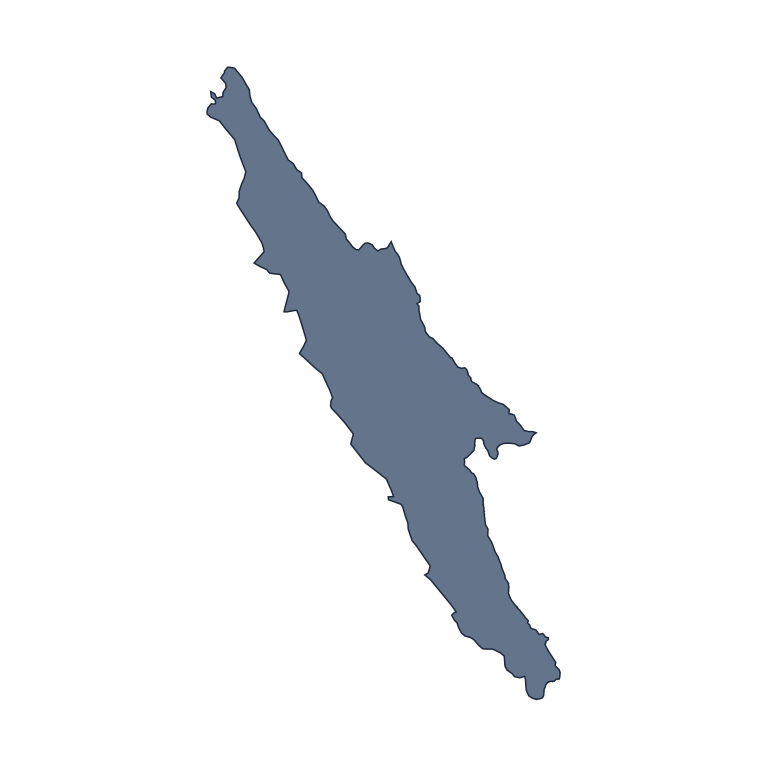 outline of Tamu, Sagaing, Myanmar, rotated 311°
{"feature_id": "60261553B38505178364809", "entity_name": "Tamu", "entity_type": "district", "adm_level": 2, "iso_a3": "MMR", "parent_name": "Myanmar", "parent_adm1": "Sagaing", "projection": "orthographic", "projection_center": [94.38, 24.188], "detail": "fine", "context": "isolated", "style": "filled", "palette": "slate", "viewbox_px": 768, "rotation_deg": 311, "n_neighbors": 0, "source": "geoboundaries", "source_scale": "gbopen_adm2", "svg_char_len": 4892}
<svg xmlns="http://www.w3.org/2000/svg" viewBox="0 0 768 768"><g transform="rotate(311 384 384)"><path d="M245.9,705.9L248.7,708.1L251.1,709.5L253.6,708.9L258.6,705.2L261.5,704.3L262.9,703.5L265.0,703.2L267.4,703.7L267.7,704.2L268.5,704.5L269.6,705.6L269.9,706.4L270.7,706.6L271.3,707.4L274.0,707.7L275.0,708.2L275.3,709.0L276.1,709.3L276.4,709.8L278.0,709.0L281.8,706.2L283.3,703.5L283.6,698.2L285.4,696.7L286.4,696.6L286.5,696.4L289.6,685.7L290.7,682.2L293.1,676.1L294.5,676.2L295.8,675.1L298.9,675.7L300.3,674.6L299.0,671.5L299.7,669.0L299.8,667.5L296.8,665.3L297.2,663.7L297.9,660.5L297.6,659.0L296.4,656.2L296.2,654.4L297.8,651.9L297.8,649.1L300.0,648.2L300.5,643.3L301.0,642.2L301.7,637.3L302.3,635.2L302.5,631.1L303.0,631.1L303.2,627.6L303.7,625.9L304.2,622.7L305.0,620.2L305.5,619.9L305.8,618.6L306.3,618.0L307.9,614.8L309.2,614.2L309.5,613.7L310.3,613.4L310.8,612.5L312.2,612.0L314.3,609.5L315.1,609.2L316.8,603.0L318.8,600.8L322.5,593.6L324.4,591.1L325.8,588.1L328.6,583.1L330.0,578.4L332.9,573.4L335.2,569.1L336.1,566.4L337.5,562.0L339.3,560.4L342.7,557.7L344.4,552.9L350.8,545.8L351.6,545.3L352.6,543.6L353.7,543.3L354.0,542.5L356.4,540.3L356.6,539.5L357.7,538.7L357.9,537.9L358.5,537.9L360.1,535.9L360.9,535.7L361.1,535.1L361.9,534.8L362.7,534.0L365.2,526.8L368.2,521.5L369.3,520.9L370.1,519.5L370.9,519.2L371.1,518.7L372.2,516.8L372.4,516.0L373.0,516.0L374.3,513.2L375.0,510.5L374.4,508.2L375.3,504.9L375.3,501.5L375.2,498.1L377.8,496.2L380.5,493.5L382.6,494.7L387.8,495.2L392.8,495.5L395.8,493.7L397.7,492.8L397.7,492.3L398.7,491.2L399.5,490.9L401.7,489.2L403.0,488.9L404.8,490.5L407.0,493.3L406.4,496.5L405.3,497.3L405.0,498.1L404.5,498.4L403.5,500.3L402.4,503.1L401.9,505.8L400.9,507.6L399.1,510.7L399.0,514.1L399.7,516.7L401.7,517.6L405.0,516.3L406.4,515.7L407.7,514.1L408.2,512.4L409.0,511.6L410.4,511.3L413.9,511.4L417.7,513.3L421.4,517.2L424.7,521.9L425.8,526.6L429.8,529.7L435.2,532.4L439.8,530.9L440.8,530.4L444.0,530.1L447.0,530.9L445.6,527.4L442.9,524.3L440.8,520.4L442.4,513.8L442.9,508.4L445.8,503.2L446.0,502.6L445.3,500.6L443.6,497.7L446.8,495.5L446.9,487.5L444.9,482.8L443.3,477.5L441.8,467.2L441.7,462.9L443.0,461.0L443.3,459.6L443.8,459.1L444.0,456.9L444.6,456.6L444.5,453.4L444.0,452.6L444.0,451.5L443.4,448.8L444.7,446.0L445.5,445.8L446.0,441.7L446.5,441.1L446.7,440.3L447.3,440.3L447.5,439.5L448.3,438.7L449.1,436.8L449.3,434.4L446.7,432.2L445.3,428.8L446.1,424.5L448.3,418.1L447.5,416.8L449.7,404.8L449.6,397.5L450.5,391.0L449.3,387.5L450.6,381.0L453.4,377.8L455.1,373.7L456.8,369.2L460.6,364.6L462.4,362.2L465.6,359.5L466.2,356.2L470.0,357.3L473.2,354.3L473.5,353.5L474.3,352.9L474.0,349.6L477.5,343.8L478.7,338.0L480.9,331.2L483.7,323.2L485.6,318.8L489.7,312.6L490.9,309.1L491.5,305.3L494.7,298.7L496.2,296.0L492.7,296.6L489.1,297.2L486.9,296.0L483.9,293.2L480.4,292.1L480.2,287.6L481.4,283.8L480.1,279.6L477.7,277.3L474.9,277.0L468.7,277.0L467.1,274.7L466.9,270.6L467.9,265.6L468.7,260.6L471.8,256.4L473.5,239.3L474.7,234.3L477.7,227.5L479.0,222.0L478.5,215.2L481.3,208.9L483.5,203.2L484.9,195.1L485.9,186.7L489.2,183.3L488.5,177.5L490.8,171.1L490.3,164.6L493.9,155.9L497.0,148.6L498.8,144.2L499.2,138.9L500.3,131.0L503.9,121.0L504.2,115.6L508.1,107.0L509.8,99.4L513.5,93.8L517.9,89.1L519.5,83.9L522.4,75.5L524.3,64.1L523.5,62.5L520.7,58.2L515.6,58.3L514.8,59.1L514.0,59.4L508.0,60.0L507.0,67.2L504.1,70.4L498.5,71.2L495.1,73.7L490.0,70.0L491.9,66.1L491.0,61.3L487.3,65.5L487.4,70.6L485.1,73.0L483.5,71.8L482.1,69.8L479.3,69.9L477.0,69.9L474.0,71.4L471.7,73.4L471.6,78.1L474.6,87.0L472.5,97.8L470.5,110.8L461.3,125.9L453.5,140.5L447.8,143.4L441.3,145.4L434.6,148.2L429.3,152.5L423.8,154.2L421.6,160.7L416.1,180.0L414.6,186.7L412.3,193.8L410.2,199.6L407.6,203.7L405.2,206.7L400.5,206.7L393.6,206.6L390.0,206.6L391.3,213.2L393.4,220.4L392.9,223.1L392.7,225.1L395.0,228.6L398.0,232.9L398.6,234.2L395.1,241.8L391.6,251.4L388.8,253.2L378.2,258.4L372.9,261.1L374.7,263.4L381.2,268.6L382.3,269.9L380.4,273.8L375.3,282.3L366.2,296.6L360.4,298.4L352.6,299.9L351.4,300.4L351.4,307.1L350.9,321.4L351.2,331.1L349.2,334.9L344.2,346.2L342.7,349.2L339.9,354.1L336.3,355.2L332.8,357.7L331.4,359.8L330.4,369.6L328.8,380.9L326.5,392.0L326.1,393.7L316.9,398.2L314.8,408.9L312.3,421.8L313.2,435.3L313.8,448.1L308.8,458.8L305.3,465.1L301.6,461.2L299.6,463.3L304.4,475.8L303.7,478.5L298.3,486.9L294.7,493.2L290.2,497.7L284.2,508.1L283.1,514.6L281.3,521.7L279.1,529.9L277.1,538.2L270.5,541.3L266.6,540.1L266.8,547.6L265.1,557.6L261.4,579.3L259.3,588.0L257.3,587.0L254.2,586.8L253.7,587.2L252.3,591.2L252.1,591.5L251.6,595.9L249.1,600.2L246.9,605.8L246.9,610.3L249.4,615.6L250.0,619.6L248.9,627.1L248.9,632.2L252.5,636.9L255.2,639.9L257.5,648.2L257.5,653.3L250.6,660.2L248.8,664.4L249.5,670.7L248.8,674.4L251.3,679.2L253.5,680.6L255.7,682.1L253.5,684.9L250.2,688.2L246.1,692.4L243.7,697.7L244.2,702.0L245.9,705.9Z" fill="#64748b" stroke="#1e293b" stroke-width="1.5"/></g></svg>